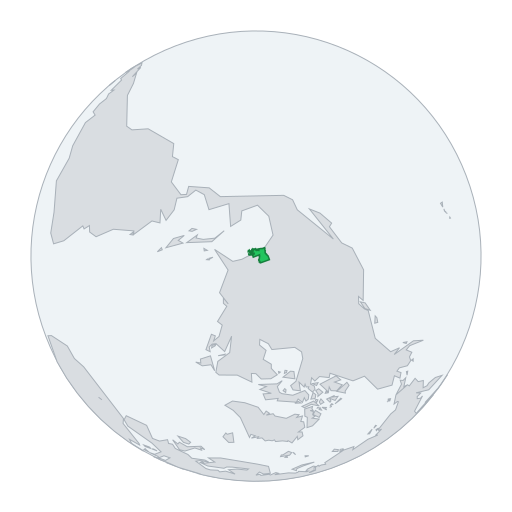 globe centered on Louisiana, rotated 159°
{"feature_id": "USA-3535", "entity_name": "Louisiana", "entity_type": "State", "adm_level": 1, "iso_a3": "USA", "parent_name": "United States of America", "parent_adm1": "", "projection": "orthographic", "projection_center": [-90.64, 30.971], "detail": "fine", "context": "on_globe", "style": "filled", "palette": "green", "viewbox_px": 512, "rotation_deg": 159, "n_neighbors": 0, "source": "natural_earth", "source_scale": "10m", "svg_char_len": 13669}
<svg xmlns="http://www.w3.org/2000/svg" viewBox="0 0 512 512"><g transform="rotate(159 256 256)"><circle cx="256" cy="256" r="225" fill="#eef3f6" stroke="#a8b0b8"/><path d="M304.1,340.1L298.8,338.4L293.9,345.1L275.3,336.4L268.0,324.2L208.4,302.7L201.7,295.4L200.9,284.3L177.7,244.1L189.3,280.8L180.9,273.1L173.6,259.6L177.0,257.0L171.3,237.5L163.3,228.9L160.5,204.5L171.9,176.1L174.8,181.5L177.2,174.6L173.7,167.7L170.8,164.9L174.2,136.4L164.6,118.4L154.9,118.9L162.3,114.5L139.4,120.4L129.9,117.4L144.7,117.2L149.4,114.5L145.0,110.3L148.9,106.8L149.0,102.9L154.0,99.3L162.3,100.2L165.7,98.0L162.4,95.2L165.4,90.4L169.7,94.6L175.3,86.7L190.2,88.1L197.8,104.9L210.2,104.7L228.9,120.0L231.3,116.3L239.9,120.7L245.9,118.2L247.7,122.4L251.0,116.9L248.2,113.7L248.7,110.3L252.0,108.8L254.8,113.6L253.6,115.0L256.1,115.7L256.1,118.8L258.0,116.4L261.0,122.8L262.9,114.3L269.4,117.7L270.1,122.6L263.6,124.7L249.1,143.5L247.8,150.2L252.5,156.8L274.7,163.0L275.9,169.7L282.3,176.8L284.6,171.6L280.4,164.3L286.3,156.9L280.5,149.5L282.0,145.6L278.7,137.5L286.1,136.1L295.2,139.3L298.3,146.2L302.4,148.0L305.0,139.7L316.2,151.5L333.1,158.1L335.2,161.8L329.4,171.3L315.2,175.2L307.5,189.9L319.5,178.0L324.7,188.5L328.5,189.5L332.3,187.8L333.1,183.1L336.3,186.5L325.7,198.9L322.6,196.0L326.0,191.9L319.4,194.1L312.3,203.6L315.4,208.7L301.3,219.5L303.4,223.5L301.5,228.5L299.1,221.2L303.2,234.8L287.1,252.9L292.3,277.0L279.6,259.3L270.4,258.0L259.6,259.2L260.2,263.1L245.0,260.8L232.6,269.4L229.8,288.6L236.4,302.9L253.1,303.2L257.3,295.0L269.1,292.7L262.5,314.6L283.3,316.1L282.3,331.8L288.6,339.1L298.6,335.9L309.1,338.3L315.9,328.4L327.2,321.5L328.2,333.8L333.8,321.3L340.6,326.0L362.5,319.9L361.0,323.2L379.6,332.1L398.4,331.3L402.7,338.0L400.6,344.1L406.8,342.9L406.9,346.2L430.0,339.1L440.6,339.9L439.4,351.0L428.9,369.2L415.4,397.7L395.4,414.2L387.6,424.6L367.4,441.7L355.7,445.2L356.4,449.0L347.6,454.0L339.2,456.6L335.5,460.1L329.2,461.8L331.8,462.6L318.5,468.4L318.7,470.2L308.3,473.8L308.6,474.4L305.8,474.9L302.0,475.9L300.7,476.4L293.3,477.1L294.6,475.0L299.7,473.0L296.0,473.3L307.2,467.7L302.1,469.4L308.6,461.0L318.5,452.0L330.2,423.5L326.6,418.2L311.1,413.4L292.5,390.4L298.4,378.7L294.0,373.8L308.5,355.5L304.1,340.1ZM62.8,239.6L64.1,234.7L64.9,239.1L62.8,239.6ZM63.9,230.8L63.7,232.7L63.7,230.9L63.9,230.8ZM63.3,229.0L63.7,230.3L63.0,229.3L63.3,229.0ZM62.1,227.1L62.8,227.9L62.7,228.0L62.1,227.1ZM292.1,285.2L315.9,293.3L303.2,296.7L305.5,294.3L299.3,290.4L288.0,287.4L276.6,291.0L292.1,285.2ZM61.1,222.9L60.9,221.7L61.7,221.9L61.1,222.9ZM300.7,270.7L296.6,270.3L300.5,269.7L300.7,270.7ZM168.8,164.4L173.2,168.0L175.0,175.8L170.9,173.1L168.8,164.4ZM166.1,150.4L169.2,150.7L166.2,157.4L165.3,155.1L166.1,150.4ZM147.1,120.5L149.9,122.6L145.8,121.8L147.1,120.5ZM148.1,103.1L146.1,103.7L147.0,101.5L148.1,103.1ZM274.9,138.9L276.7,138.3L276.4,140.1L274.9,138.9ZM271.6,136.2L269.9,138.9L268.1,138.0L269.2,136.4L271.6,136.2ZM155.6,94.1L157.7,90.6L157.0,94.2L155.6,94.1ZM274.2,133.2L265.1,136.1L262.0,134.6L263.7,127.4L274.2,133.2ZM159.8,88.7L164.8,81.0L160.7,81.5L175.1,76.2L166.1,84.2L165.9,88.4L163.3,87.1L159.8,88.7ZM245.9,113.4L249.0,116.7L243.4,115.5L245.9,113.4ZM242.2,113.4L224.2,115.4L221.3,110.0L227.9,110.2L221.7,104.9L229.1,101.2L234.2,103.4L234.6,107.5L237.1,103.0L242.2,113.4ZM182.3,74.8L184.7,73.3L183.8,75.1L182.3,74.8ZM248.5,108.9L245.1,109.6L242.4,104.9L248.6,102.7L247.5,104.9L248.5,108.9ZM216.4,105.5L215.5,101.9L221.2,97.9L221.7,96.0L229.1,100.7L216.4,105.5ZM249.8,105.2L251.9,101.8L256.1,102.7L251.6,108.0L249.8,105.2ZM239.0,104.7L238.0,102.5L240.6,103.0L239.0,104.7ZM272.5,104.6L268.6,105.1L266.8,102.7L272.5,104.6ZM252.3,100.5L250.8,100.3L249.7,99.5L251.9,97.5L252.3,100.5ZM232.6,97.7L235.2,97.0L229.8,95.6L233.9,92.8L238.1,96.6L238.0,93.8L239.3,93.0L241.3,97.1L232.6,97.7ZM250.7,93.3L257.4,97.7L265.2,97.0L267.0,99.1L254.2,99.9L250.7,93.3ZM245.0,95.1L248.9,94.4L249.2,97.1L246.6,99.3L245.0,95.1ZM235.2,89.7L227.8,92.9L227.2,92.0L235.2,89.7ZM252.9,92.5L251.2,91.5L253.4,92.1L252.9,92.5ZM240.6,89.8L238.1,91.0L237.4,89.9L240.6,89.8ZM250.0,88.6L252.1,90.0L250.5,91.4L250.0,88.6ZM245.6,88.7L245.3,87.0L248.6,91.1L244.6,89.4L245.6,88.7ZM240.3,88.6L239.1,88.4L241.5,88.3L240.3,88.6ZM254.9,82.7L259.5,87.5L255.9,90.6L251.9,85.4L254.9,82.7ZM304.7,475.9L293.5,477.3L300.2,476.5L307.2,474.8L312.2,474.1L304.7,475.9ZM324.4,470.3L331.2,468.0L332.1,467.8L327.6,469.4L324.4,470.3ZM413.7,95.1L411.2,92.9L400.0,82.7L413.7,95.1ZM381.4,68.9L373.5,63.8L382.6,69.8L383.0,69.9L388.7,74.0L385.6,72.0L388.2,74.2L402.0,84.8L403.9,86.2L413.9,96.2L418.1,99.7L422.7,104.7L417.5,100.9L413.8,97.6L408.7,98.4L413.5,102.5L418.7,102.4L419.5,104.2L426.0,110.8L421.7,107.2L414.8,107.2L420.2,118.6L436.6,143.1L437.8,150.4L434.4,153.4L418.8,137.1L418.0,122.8L412.4,117.8L404.4,116.2L404.8,112.3L401.4,110.2L400.3,105.2L390.7,95.1L388.4,90.2L376.8,83.8L374.0,80.6L381.6,85.1L385.7,86.0L378.9,75.5L375.3,72.7L368.3,69.6L367.3,67.5L361.4,66.0L353.7,59.9L358.2,66.3L350.1,63.9L341.2,59.4L339.3,59.9L353.8,67.4L358.9,69.5L362.0,69.3L376.4,77.3L380.5,81.6L368.3,78.4L372.7,84.5L361.4,80.1L329.1,61.1L319.7,55.1L320.5,48.0L327.2,49.8L330.2,53.1L334.6,51.4L330.8,50.9L330.0,49.4L322.0,47.5L321.1,46.4L315.1,46.7L313.0,45.2L316.9,45.1L303.4,41.9L297.0,39.2L294.4,39.1L293.4,39.7L285.9,36.4L284.3,36.5L286.2,37.5L284.2,38.6L277.8,39.3L275.6,38.1L277.6,37.7L278.4,35.3L284.1,34.8L282.5,34.5L277.1,34.7L276.1,37.5L272.9,38.3L272.4,36.7L272.3,37.3L270.0,37.5L265.6,36.6L265.8,38.4L243.6,43.4L232.9,43.0L235.0,40.5L217.1,44.8L206.5,45.2L208.2,46.0L200.8,49.4L204.0,49.3L204.3,50.0L186.8,60.3L180.9,62.3L175.3,68.9L176.2,69.5L180.2,68.3L175.1,76.2L160.7,81.5L159.5,79.8L151.3,84.8L149.6,80.6L144.4,79.8L147.2,73.1L142.8,73.6L140.1,75.6L132.1,78.3L125.1,77.9L142.7,69.2L155.6,70.9L151.4,69.0L155.9,67.0L156.6,65.0L153.3,64.3L150.7,65.7L163.6,54.3L162.8,51.6L154.2,56.2L147.3,59.6L140.2,62.8L154.1,55.1L168.5,48.4L183.4,42.7L198.7,38.1L214.2,34.6L229.9,32.2L245.8,31.0L261.7,30.8L277.6,31.8L293.4,33.8L308.9,37.0L324.3,41.3L339.3,46.7L353.8,53.1L367.9,60.5L381.4,68.9ZM479.4,227.3L479.6,228.2L478.8,256.1L475.5,255.0L464.4,239.6L462.3,225.4L456.6,214.3L438.0,151.8L440.1,147.3L432.3,122.6L432.4,121.2L439.8,130.2L439.2,124.8L431.3,114.5L430.9,114.0L441.6,128.2L451.1,143.3L459.4,159.1L466.4,175.5L472.1,192.4L476.5,209.7L479.4,227.3ZM451.4,177.0L453.6,180.6L451.4,177.0ZM363.2,319.6L365.9,321.2L362.5,322.3L363.2,319.6ZM302.0,302.2L306.8,301.9L309.5,303.5L305.9,304.7L302.0,302.2ZM341.3,295.4L346.6,295.3L341.3,297.7L341.3,295.4ZM319.5,294.2L337.1,296.0L326.8,301.9L315.6,300.9L323.0,298.4L319.5,294.2ZM299.4,278.7L302.5,279.3L301.9,281.8L299.4,278.7ZM303.5,270.3L302.4,270.7L300.6,268.9L303.5,270.3ZM325.3,187.7L326.3,186.8L330.4,186.1L328.9,188.4L325.3,187.7ZM345.5,172.7L350.3,178.6L345.9,175.8L344.8,179.7L334.3,179.1L335.7,163.7L337.0,170.6L345.5,172.7ZM320.6,174.9L327.1,176.5L319.9,175.4L320.6,174.9ZM383.8,105.5L386.1,104.5L390.5,108.0L393.4,115.8L387.1,110.7L383.8,105.5ZM388.4,102.5L375.5,98.1L373.2,93.6L376.6,96.7L376.4,94.2L381.9,98.7L392.3,99.4L396.8,102.6L399.7,114.3L396.3,108.5L394.3,109.6L388.4,102.5ZM346.8,99.9L341.2,99.3L343.4,90.0L348.3,91.7L351.6,99.1L347.6,101.6L346.8,99.9ZM279.0,120.5L276.7,121.9L275.9,120.4L277.2,118.0L279.0,120.5ZM270.8,105.1L288.1,113.2L286.4,115.1L298.6,118.3L298.8,124.7L290.9,122.3L300.2,130.0L293.1,130.4L299.9,135.2L282.2,129.1L276.2,130.2L282.9,126.4L282.9,120.4L281.1,118.2L271.5,112.8L258.6,112.9L256.5,107.4L258.5,103.6L261.3,102.7L261.7,106.4L265.1,102.7L267.9,107.4L270.8,105.1ZM282.8,69.5L282.1,72.8L289.4,68.6L292.3,72.2L292.9,71.5L297.5,73.9L304.3,75.8L304.6,77.7L307.1,77.7L310.2,79.5L313.7,80.1L315.6,84.0L320.1,85.2L318.4,86.4L325.6,87.6L321.1,88.4L324.7,91.3L327.1,88.9L328.5,110.7L332.6,120.1L338.5,127.8L329.9,129.0L319.0,123.0L308.2,114.0L305.5,105.2L302.1,107.6L299.8,104.3L303.4,103.7L296.5,102.6L295.6,99.8L285.9,93.6L276.4,94.4L272.7,92.4L275.9,90.7L269.9,90.0L273.5,85.5L270.9,84.1L271.8,78.6L279.5,76.5L276.0,75.2L276.6,71.3L282.8,69.5ZM255.5,81.1L264.1,77.2L269.9,77.5L265.9,87.0L267.8,88.9L265.4,95.7L257.1,95.3L258.5,93.4L258.0,91.4L260.8,92.3L258.1,90.1L260.0,87.5L258.5,85.2L261.7,84.5L255.5,81.1ZM428.5,115.9L427.9,114.3L426.0,111.1L430.0,115.5L428.5,115.9ZM424.1,116.0L423.0,113.8L427.8,117.9L428.5,119.8L424.1,116.0ZM418.2,109.5L422.5,113.4L420.6,112.4L418.2,109.5ZM380.1,83.2L378.4,81.1L379.8,81.5L382.7,83.4L380.1,83.2ZM305.0,59.9L303.7,61.2L302.2,60.7L295.7,62.0L293.1,59.7L296.0,58.0L305.0,59.9ZM422.8,104.6L423.8,105.7L422.7,104.5L421.9,103.6L422.8,104.6ZM301.0,57.6L298.7,58.3L298.8,56.7L301.0,57.6ZM290.8,58.1L290.3,56.3L292.0,59.6L290.8,58.1ZM275.4,42.7L287.3,43.1L294.1,42.8L295.2,41.1L298.7,44.0L288.2,44.5L275.4,42.7ZM247.8,43.2L246.8,45.3L243.8,44.8L243.6,44.2L247.8,43.2ZM249.6,44.2L254.8,46.1L252.1,47.6L248.5,45.7L249.6,44.2ZM278.3,50.6L282.0,50.8L281.8,51.9L278.3,50.6ZM130.5,68.9L122.6,74.5L119.7,76.6L119.8,76.5L130.5,68.9ZM129.5,69.7L133.6,66.9L149.4,58.8L150.8,58.6L134.4,66.9L137.4,64.9L135.0,66.2L129.5,69.7ZM183.0,72.8L184.6,73.2L182.0,74.0L183.0,72.8ZM206.2,49.8L206.2,50.9L203.2,51.5L206.2,49.8ZM204.4,54.5L207.8,53.0L205.1,55.1L204.4,54.5ZM215.3,49.8L209.6,52.7L213.7,49.3L215.3,49.8Z" fill="#d9dde1" stroke="#a8b0b8" stroke-width="1"/><path d="M259.8,259.0L259.5,259.2L259.2,259.1L259.0,258.9L258.8,258.9L258.6,258.8L258.3,258.8L258.2,258.5L258.0,258.4L257.5,258.3L257.3,258.3L257.0,258.7L256.8,259.0L256.7,259.1L256.7,259.3L256.9,259.5L257.7,259.7L258.2,259.6L258.4,259.4L258.6,259.2L258.9,259.4L259.1,259.1L259.0,259.4L259.3,259.3L259.2,259.2L259.3,259.2L259.4,259.3L259.3,259.5L259.1,259.6L258.9,259.6L258.7,259.8L258.8,260.0L259.2,260.0L259.3,260.3L259.5,260.2L259.7,259.8L259.9,259.7L260.1,259.6L260.3,259.6L260.1,259.7L260.1,259.8L260.3,259.9L260.3,260.0L260.2,260.1L260.3,260.1L260.2,260.3L260.3,260.2L260.5,260.3L260.3,260.5L260.2,260.7L259.9,260.5L260.0,260.5L259.8,260.8L259.5,260.8L259.6,261.0L259.8,261.0L260.0,261.2L259.2,260.9L259.5,261.3L259.0,261.2L259.1,261.3L259.3,261.7L259.8,261.9L259.8,262.0L260.5,262.2L260.3,262.3L260.7,262.3L260.8,262.5L260.9,262.3L261.0,262.5L261.0,262.4L261.2,262.7L261.1,262.8L261.4,262.9L261.5,262.9L261.5,263.0L261.3,263.1L261.6,263.1L261.4,263.4L261.3,263.2L261.3,263.4L261.1,263.5L260.8,263.3L260.8,263.5L260.6,263.5L260.4,263.9L260.2,264.0L260.2,263.8L260.4,263.6L260.6,263.4L260.7,263.1L260.5,263.3L260.3,263.4L260.2,263.2L260.3,263.2L260.2,263.1L260.0,262.8L260.1,262.7L259.9,262.7L259.9,262.8L259.5,262.7L259.4,262.6L258.8,262.5L259.0,262.4L259.0,262.2L258.8,262.1L258.8,261.9L258.7,261.9L258.7,262.0L258.5,261.9L258.4,261.9L257.8,261.6L257.7,261.6L257.8,261.7L257.6,261.5L258.1,262.1L258.1,262.4L258.1,262.6L257.9,262.6L257.9,262.9L258.0,262.8L257.9,263.1L257.7,263.2L257.4,263.4L257.4,263.2L257.3,262.8L257.3,262.7L257.2,262.8L257.0,262.5L256.8,262.8L256.8,262.6L256.7,262.3L256.5,262.6L256.4,262.6L256.2,262.5L256.1,262.8L256.0,263.0L255.9,263.1L255.8,263.3L255.4,263.3L255.6,263.2L255.3,263.0L255.2,263.2L254.9,263.0L254.7,263.0L254.8,262.9L254.7,262.9L254.6,263.0L254.3,262.9L253.8,262.7L253.6,262.6L253.6,262.4L253.6,262.5L253.8,262.5L253.9,262.3L254.0,262.3L254.2,262.7L254.2,262.8L254.4,262.7L254.3,262.4L254.0,262.2L253.9,261.9L253.9,261.7L254.0,261.5L254.0,261.4L253.9,261.3L253.8,261.6L253.7,261.8L253.3,261.7L253.1,261.6L252.9,261.6L252.9,261.2L252.6,261.2L252.6,260.8L252.1,260.8L251.8,260.9L251.8,260.7L252.0,260.6L251.9,260.5L251.7,260.4L251.6,260.5L251.4,260.5L251.1,260.7L250.9,260.8L250.9,260.7L250.8,260.8L250.7,260.7L250.8,261.0L251.0,260.9L250.9,261.0L251.0,261.3L251.1,261.2L251.3,261.3L251.1,261.3L250.9,261.4L250.4,261.6L249.0,261.3L247.9,260.8L247.3,260.6L246.0,260.6L245.4,260.7L245.1,260.8L244.9,260.6L244.9,260.4L245.2,260.4L245.3,260.2L245.4,259.8L245.2,259.7L245.5,259.4L245.6,259.1L245.5,258.8L245.6,258.5L245.5,258.4L245.4,258.2L245.6,257.8L245.5,257.4L245.8,257.1L245.9,256.9L246.0,256.7L246.1,256.2L246.1,255.7L246.3,255.6L246.2,255.4L246.2,255.0L246.0,254.7L245.8,254.5L245.9,254.3L245.8,254.1L245.7,254.0L245.6,253.9L245.7,253.7L245.3,253.4L245.4,253.0L245.3,252.6L245.1,252.3L244.9,252.1L244.7,251.8L244.8,247.8L254.3,248.0L254.5,248.2L254.6,248.3L254.4,248.6L254.3,248.9L254.3,249.0L254.6,249.1L254.3,249.3L254.3,249.6L254.5,249.7L254.5,250.1L254.8,250.4L254.8,250.5L255.1,250.6L254.9,250.9L254.7,251.4L254.5,251.5L254.6,251.8L254.2,252.0L254.0,252.4L253.6,252.6L253.4,253.0L253.3,253.6L253.0,253.9L253.0,254.1L253.1,254.3L253.0,254.7L252.6,254.8L252.8,255.1L252.7,255.3L252.8,255.7L252.6,255.9L259.0,255.9L259.0,256.1L258.9,256.6L258.8,256.8L258.7,257.1L258.8,257.3L258.8,257.6L259.1,257.7L259.3,258.0L259.4,258.5L259.6,259.0L259.8,259.0ZM252.1,261.8L251.9,261.8L251.3,261.5L251.2,261.4L251.6,261.2L251.8,261.2L252.1,261.4L252.3,261.4L252.3,261.5L252.1,261.6L252.1,261.8ZM260.9,259.5L260.7,259.5L260.4,259.5L260.6,259.5L260.6,259.4L261.0,259.1L260.7,259.4L260.8,259.4L260.8,259.6L260.9,259.5ZM258.2,261.9L258.1,262.0L258.0,261.9L257.9,261.9L258.0,261.8L258.2,261.9ZM262.0,259.5L262.2,259.8L262.2,260.1L262.2,260.4L262.1,260.7L262.2,260.0L262.1,259.6L262.0,259.5ZM260.0,260.6L260.1,260.8L260.0,260.7L259.9,260.8L259.9,260.6L260.0,260.6ZM260.4,260.6L260.6,260.5L260.4,260.6ZM255.6,263.6L256.0,263.5L255.9,263.5L255.6,263.6L255.6,263.6ZM258.3,262.7L258.1,262.9L258.3,262.7ZM256.6,263.5L256.8,263.6L256.4,263.5L256.6,263.5ZM260.8,260.0L260.6,260.1L260.8,260.0ZM260.6,259.9L260.6,260.0L260.6,259.9ZM257.0,263.5L257.1,263.4L257.0,263.5ZM261.0,261.7L261.0,261.8L260.9,261.9L261.0,261.8L261.0,261.7ZM256.7,262.7L256.6,262.9L256.7,262.7L256.7,262.7ZM262.0,260.9L261.8,261.1L262.0,260.8L262.0,260.9ZM258.4,262.6L258.5,262.6L258.4,262.7L258.4,262.6Z" fill="#22c55e" stroke="#15803d" stroke-width="1.5"/></g></svg>